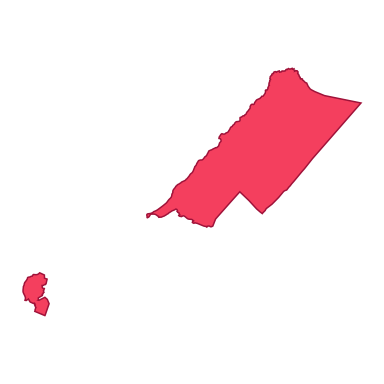 outline of Ásahreppur, Suðurland, Iceland
{"feature_id": "244011B31453435550318", "entity_name": "Ásahreppur", "entity_type": "district", "adm_level": 2, "iso_a3": "ISL", "parent_name": "Iceland", "parent_adm1": "Suðurland", "projection": "albers", "projection_center": [-19.181, 64.281], "detail": "fine", "context": "isolated", "style": "filled", "palette": "rose", "viewbox_px": 384, "rotation_deg": 0, "n_neighbors": 0, "source": "geoboundaries", "source_scale": "gbopen_adm2", "svg_char_len": 5754}
<svg xmlns="http://www.w3.org/2000/svg" viewBox="0 0 384 384"><path d="M273.5,72.6L273.6,73.2L273.4,73.4L273.1,73.7L272.6,73.7L272.0,74.0L271.7,74.7L271.8,75.2L271.0,75.8L270.2,76.7L270.1,78.1L269.9,78.5L270.5,79.3L270.5,79.7L269.9,80.1L269.7,80.5L269.8,81.3L269.7,81.7L269.2,82.3L269.3,83.1L268.9,83.8L268.9,84.5L269.3,85.2L268.7,85.8L268.4,86.5L268.3,87.1L267.9,87.6L268.0,88.5L267.5,89.2L267.4,89.7L267.0,90.0L266.0,89.9L265.5,90.3L265.4,90.4L265.6,91.3L265.6,91.6L265.3,92.1L265.3,92.9L265.2,93.3L264.4,94.3L263.9,95.1L263.3,96.0L262.9,96.2L261.7,96.3L261.3,97.1L260.4,97.8L260.2,98.3L257.0,99.7L256.4,100.2L256.1,100.5L255.7,101.2L254.7,102.5L254.3,103.8L253.9,104.3L253.5,104.5L252.2,104.2L251.6,104.4L250.9,105.0L250.4,105.9L250.1,106.6L250.2,107.4L249.9,108.6L249.2,109.3L248.2,110.8L247.2,111.8L246.7,112.7L246.4,113.1L246.3,113.7L245.7,114.4L244.8,114.9L244.2,115.8L243.1,115.8L241.5,117.0L240.1,117.5L240.0,117.8L240.0,119.4L240.1,120.2L239.7,121.0L239.0,121.4L238.2,121.4L237.5,121.6L236.6,121.6L235.8,122.0L234.6,123.3L234.4,124.1L234.1,124.4L232.7,125.4L232.3,126.4L231.1,127.0L230.6,127.4L230.0,128.7L229.8,129.3L228.8,130.7L228.4,131.6L228.0,132.0L226.9,132.7L226.1,132.9L224.9,133.9L224.3,134.1L223.3,134.1L221.9,133.7L221.0,134.3L220.5,135.0L220.3,135.5L219.4,136.6L219.1,137.6L218.9,138.2L218.9,138.4L219.1,138.6L220.0,138.6L220.4,138.8L220.8,139.5L221.1,140.7L221.0,141.3L219.6,142.9L219.4,143.3L219.2,144.4L218.7,145.3L218.7,145.8L218.5,146.1L216.8,147.6L215.5,147.7L215.1,148.0L213.1,148.9L211.5,149.9L210.6,150.1L208.8,151.0L208.6,151.3L208.3,152.3L207.6,153.4L206.8,155.1L205.9,156.2L204.9,156.8L203.4,158.9L202.5,159.7L201.6,160.0L200.3,160.0L198.6,160.6L198.2,161.2L196.7,163.7L196.4,164.6L196.1,165.3L194.8,166.7L194.5,167.7L193.8,169.3L193.4,170.5L192.7,171.9L192.0,172.8L190.7,173.8L190.1,174.5L189.1,176.1L186.8,178.9L186.2,179.2L185.9,179.7L185.0,180.5L181.5,182.1L180.5,183.1L179.8,183.4L179.0,184.0L177.9,184.5L177.0,185.2L176.6,185.8L175.8,186.3L175.5,186.9L175.4,187.3L174.3,188.5L173.3,189.9L172.9,190.8L172.8,191.9L172.8,192.7L172.2,193.6L171.9,194.4L171.7,195.9L171.2,197.2L170.4,198.2L169.4,199.1L168.5,200.1L166.9,202.3L166.2,203.1L162.5,206.1L157.4,209.9L155.6,210.9L153.8,211.6L152.6,212.6L151.3,213.2L150.2,213.5L147.9,213.8L147.3,214.0L147.0,214.4L146.8,214.8L146.8,215.2L147.1,216.7L147.1,217.8L147.0,218.2L147.2,217.9L148.8,217.0L149.3,216.4L150.5,214.4L151.5,214.1L154.1,214.1L155.0,214.3L155.8,214.6L157.0,215.4L157.6,216.0L158.6,216.3L158.7,216.5L158.6,217.0L158.8,217.3L161.6,217.1L162.3,216.7L164.3,216.0L165.0,215.5L165.7,215.2L166.7,214.4L168.1,213.7L168.6,213.1L172.2,210.8L174.5,209.9L175.7,209.1L176.0,209.1L176.8,209.4L177.5,210.5L177.5,210.9L177.0,211.2L177.0,211.4L177.5,211.7L177.8,212.4L178.9,212.8L179.0,213.0L179.0,213.4L179.0,213.5L179.8,214.6L179.8,214.8L179.6,215.0L179.0,215.0L178.7,215.6L179.7,216.3L180.2,216.4L181.2,216.3L181.3,216.6L181.6,216.6L182.0,216.3L182.6,216.1L183.1,215.8L183.6,215.8L185.0,216.6L187.4,218.6L188.2,219.0L189.1,219.2L191.6,219.4L192.2,219.6L192.6,220.3L193.4,220.5L193.7,220.8L193.6,221.0L192.7,221.5L192.3,222.3L192.6,222.7L193.9,223.3L195.0,222.8L195.9,223.1L197.1,223.3L203.9,226.1L206.0,226.5L206.8,227.1L207.1,226.8L207.0,226.6L207.2,226.2L207.9,226.2L208.4,226.0L209.5,226.1L210.3,226.7L211.1,226.8L211.2,226.6L212.0,226.5L212.8,226.1L215.6,219.0L231.7,200.8L239.8,191.8L249.0,200.6L256.6,208.9L260.3,212.1L262.3,213.6L262.9,212.8L265.2,210.5L265.7,209.4L266.5,208.4L272.0,204.2L278.6,197.5L283.6,191.5L284.7,190.7L286.7,190.0L288.8,187.2L290.2,185.8L291.6,183.9L293.9,181.3L302.1,171.4L304.5,168.7L312.5,158.6L340.0,127.1L361.0,103.0L324.5,95.6L314.8,91.6L311.2,89.7L310.1,88.9L308.1,86.2L306.7,83.0L305.7,82.7L304.5,81.8L303.5,80.6L302.9,80.4L302.4,79.8L302.4,79.7L302.5,79.2L302.1,78.8L301.6,78.7L300.9,79.0L300.4,78.8L300.2,77.4L299.9,77.3L299.8,76.9L299.3,76.5L299.2,75.9L299.0,75.5L299.0,75.2L298.7,74.8L298.6,74.3L298.3,74.0L297.9,73.9L297.7,73.6L297.7,73.4L298.0,72.7L298.0,72.2L298.0,71.8L297.5,71.5L297.3,70.9L297.2,70.8L296.0,70.7L294.9,71.1L295.1,70.7L294.8,70.3L294.3,70.3L293.8,69.7L293.8,69.3L293.9,68.9L292.7,69.3L292.5,69.2L292.6,68.7L292.5,68.4L292.0,68.6L291.4,68.5L290.9,68.9L289.5,69.1L288.5,68.5L288.1,68.7L287.4,69.5L286.5,69.3L285.9,69.7L285.7,70.1L285.5,70.6L285.3,70.8L284.8,70.8L284.3,71.1L283.2,71.1L282.9,70.9L282.5,71.1L281.9,71.1L281.7,71.2L281.6,71.6L281.3,71.8L279.6,72.2L279.4,71.8L279.4,71.1L279.3,70.9L277.1,71.6L276.5,72.2L276.1,71.9L275.7,71.9L275.4,71.6L275.1,71.6L273.9,72.1L273.5,72.6ZM24.9,300.2L25.2,300.4L25.6,300.3L26.1,300.5L26.5,300.4L27.2,299.7L27.7,299.6L28.4,299.0L30.0,301.8L30.2,302.0L33.5,303.5L34.2,303.1L34.7,303.4L34.7,303.6L34.8,303.8L34.7,303.9L34.8,304.1L34.7,304.2L34.9,304.5L34.7,304.7L34.7,305.1L35.3,305.3L35.1,305.9L35.2,306.3L35.3,306.6L35.5,307.0L35.9,307.3L35.0,310.0L35.1,310.5L34.8,311.4L44.9,315.6L45.1,315.3L49.1,303.7L47.3,299.4L44.9,297.3L38.9,300.3L38.1,300.1L38.4,299.9L38.3,297.9L42.4,295.5L42.4,295.3L42.3,295.1L42.4,294.9L42.2,294.6L42.3,294.5L42.3,294.2L42.9,293.9L43.1,293.6L43.0,293.4L43.1,293.1L43.3,292.8L43.8,292.5L43.6,292.3L43.5,292.0L43.8,291.0L43.5,290.6L43.7,290.4L43.8,289.8L44.3,288.9L44.4,288.7L44.2,288.4L43.2,288.4L42.3,287.7L42.1,285.5L43.0,285.5L44.9,284.5L45.1,284.5L45.2,284.4L45.5,284.5L45.7,284.2L45.7,283.8L46.1,283.6L47.1,279.1L44.5,278.2L44.4,275.0L39.7,272.8L38.5,273.9L37.4,274.5L36.0,274.7L33.5,274.5L33.1,274.7L32.4,276.0L32.2,276.2L31.3,276.2L30.1,276.9L28.4,277.2L27.7,277.5L27.4,278.2L27.4,278.8L26.3,280.5L24.7,282.6L24.2,284.1L24.1,285.1L23.4,286.5L23.3,287.1L23.3,287.9L23.1,289.2L23.0,291.2L23.2,292.4L23.8,293.8L24.7,295.6L25.2,296.9L25.4,297.6L25.4,298.6L25.3,299.4L24.9,300.2Z" fill="#f43f5e" stroke="#9f1239" stroke-width="1.5"/></svg>